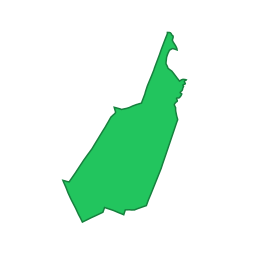 Samarra, Sala ad-Din, Iraq (Mercator projection), rotated 289°
{"feature_id": "34846034B32095770002268", "entity_name": "Samarra", "entity_type": "district", "adm_level": 2, "iso_a3": "IRQ", "parent_name": "Iraq", "parent_adm1": "Sala ad-Din", "projection": "mercator", "projection_center": [43.854, 34.328], "detail": "fine", "context": "isolated", "style": "filled", "palette": "green", "viewbox_px": 256, "rotation_deg": 289, "n_neighbors": 0, "source": "geoboundaries", "source_scale": "gbopen_adm2", "svg_char_len": 2407}
<svg xmlns="http://www.w3.org/2000/svg" viewBox="0 0 256 256"><g transform="rotate(289 128 128)"><path d="M143.1,108.2L142.5,108.6L139.0,111.1L137.8,111.0L137.0,110.7L135.8,109.9L134.7,109.4L133.0,108.4L131.1,108.0L127.2,107.3L124.3,106.7L121.5,106.2L118.1,105.4L112.7,104.2L107.2,103.0L103.6,102.2L96.5,100.7L89.8,98.6L83.1,96.6L70.6,93.4L68.9,93.0L65.7,92.1L57.9,89.9L57.5,87.5L57.5,86.1L57.3,83.5L55.9,84.7L54.5,86.0L51.6,88.7L47.1,92.5L43.2,96.2L41.0,98.4L35.0,104.7L30.1,109.4L27.5,112.2L24.2,115.5L31.2,122.4L34.7,126.1L39.2,130.7L40.2,131.7L45.2,131.7L45.3,139.4L45.3,141.2L45.1,143.8L44.9,146.5L44.8,149.1L44.6,152.2L49.7,152.1L51.2,156.1L51.7,158.3L52.3,159.7L52.7,160.9L53.4,161.6L55.4,164.0L60.6,170.6L66.7,170.7L72.7,171.1L100.6,172.5L104.9,172.4L115.2,172.4L150.0,172.2L151.9,172.3L153.0,171.7L153.9,171.0L155.4,170.0L157.3,168.9L158.3,168.3L159.5,167.6L160.7,167.1L162.1,166.6L162.7,166.4L164.2,164.9L165.0,164.2L166.0,164.2L166.4,164.3L166.9,164.5L167.5,164.8L168.5,165.2L169.1,165.8L170.0,165.7L170.6,165.2L171.2,164.5L171.4,164.4L171.6,164.3L172.1,164.3L172.4,164.7L172.8,166.0L173.0,166.3L173.5,166.8L175.5,167.5L176.2,167.6L177.2,167.8L177.9,167.6L178.0,167.1L178.0,166.6L178.1,166.2L178.3,166.0L178.5,165.8L178.9,165.8L179.4,166.0L180.2,166.4L180.5,166.6L181.0,166.9L182.2,167.0L183.6,166.8L184.5,166.9L185.4,167.0L185.8,166.5L186.2,166.1L186.9,166.1L187.3,166.4L187.4,166.8L187.8,167.1L188.1,167.6L188.4,167.6L188.9,167.6L189.4,166.9L189.7,166.5L190.1,166.2L190.6,166.2L190.8,166.3L191.4,166.4L191.6,166.6L191.9,167.2L192.5,167.4L192.5,166.8L192.2,165.2L191.9,164.1L191.0,162.9L189.1,161.4L189.6,160.7L191.2,158.2L193.5,154.8L196.0,151.0L196.7,148.7L197.4,146.5L197.5,146.4L199.1,145.1L201.1,143.0L201.6,142.9L202.7,142.5L204.7,142.1L207.2,141.5L209.3,141.4L211.9,141.5L215.1,141.9L216.3,143.0L217.4,143.9L217.6,144.4L217.8,145.8L217.8,147.2L217.8,149.0L219.1,148.3L220.9,146.6L222.3,144.9L224.0,142.7L225.5,141.3L228.2,141.2L229.4,140.8L229.9,140.3L230.3,139.0L231.2,138.2L231.8,137.1L231.8,136.0L231.5,135.1L231.2,134.1L230.0,134.5L229.0,134.5L225.4,134.3L219.5,134.1L213.1,133.9L207.4,133.9L193.1,133.5L191.7,133.6L185.2,133.3L178.9,132.9L175.8,132.7L173.8,132.6L168.2,132.7L165.6,132.9L155.9,132.6L154.3,130.3L153.8,129.7L153.1,128.6L150.4,125.3L147.8,122.6L146.1,120.3L145.1,118.6L143.4,115.8L143.5,114.3L143.1,108.2Z" fill="#22c55e" stroke="#15803d" stroke-width="1.5"/></g></svg>